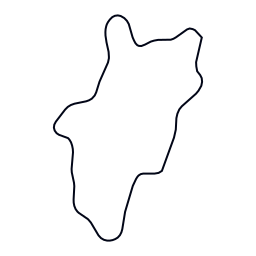 the Region of Al Bahah
{"feature_id": "SAU-885", "entity_name": "Al Bahah", "entity_type": "Region", "adm_level": 1, "iso_a3": "SAU", "parent_name": "Saudi Arabia", "parent_adm1": "", "projection": "equal_earth", "projection_center": [41.371, 20.064], "detail": "fine", "context": "isolated", "style": "outline", "palette": "ink", "viewbox_px": 256, "rotation_deg": 0, "n_neighbors": 0, "source": "natural_earth", "source_scale": "10m", "svg_char_len": 1348}
<svg xmlns="http://www.w3.org/2000/svg" viewBox="0 0 256 256"><path d="M201.8,37.5L196.1,62.2L196.3,66.4L197.2,71.3L200.2,75.1L201.7,78.1L202.1,81.8L201.3,85.8L198.5,90.7L196.0,93.7L181.8,106.3L179.3,109.4L177.4,113.7L176.4,118.1L175.8,129.6L174.0,137.6L161.9,170.9L158.6,172.9L154.5,173.6L143.2,173.6L140.8,174.1L138.7,175.4L137.5,176.7L136.1,178.9L132.8,185.9L125.1,211.8L122.3,229.1L121.4,232.3L119.9,235.2L117.7,237.6L115.2,239.1L112.6,240.1L109.9,240.6L107.1,240.6L103.9,239.8L101.0,238.1L98.5,235.4L90.9,222.6L88.0,219.2L78.8,212.9L77.4,211.6L75.6,209.1L74.3,205.9L73.7,202.7L73.6,199.5L74.3,186.2L74.0,182.8L71.8,172.4L71.6,169.0L73.0,152.4L72.8,149.0L72.1,145.5L71.0,142.3L69.5,139.8L68.5,138.6L68.0,138.1L59.0,134.8L56.6,133.2L54.7,130.6L53.9,127.7L54.3,124.6L55.9,121.6L65.1,109.6L67.8,106.9L70.9,105.0L74.5,103.7L86.2,101.3L89.0,100.3L91.8,98.7L94.7,95.5L96.2,92.3L99.5,81.7L108.0,62.5L108.9,58.3L108.9,56.7L108.6,51.9L106.5,42.3L105.5,35.6L105.4,32.1L105.6,29.1L106.2,26.3L106.8,24.4L108.0,22.1L109.9,19.5L112.3,17.1L114.9,15.8L117.8,15.4L120.7,16.0L124.3,18.1L126.9,20.8L128.8,24.1L132.6,37.3L134.0,40.5L135.5,43.3L137.3,45.2L138.9,45.9L141.4,46.0L145.0,44.6L150.8,41.6L154.1,40.6L158.0,39.9L170.8,39.7L173.4,38.8L176.0,37.3L187.1,29.4L189.7,28.5L192.7,29.1L195.0,30.2L201.8,37.5Z" fill="none" stroke="#020617" stroke-width="2"/></svg>